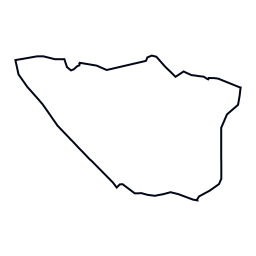 the district of Sami', Ta`izz, Yemen
{"feature_id": "15242507B43926728713037", "entity_name": "Sami'", "entity_type": "district", "adm_level": 2, "iso_a3": "YEM", "parent_name": "Yemen", "parent_adm1": "Ta`izz", "projection": "natural_earth1", "projection_center": [44.119, 13.381], "detail": "fine", "context": "isolated", "style": "outline", "palette": "ink", "viewbox_px": 256, "rotation_deg": 0, "n_neighbors": 0, "source": "geoboundaries", "source_scale": "gbopen_adm2", "svg_char_len": 1612}
<svg xmlns="http://www.w3.org/2000/svg" viewBox="0 0 256 256"><path d="M240.6,87.5L240.1,87.5L233.7,84.9L218.1,78.6L214.2,78.1L208.7,78.0L208.3,79.3L207.5,79.1L203.8,76.7L197.9,76.0L197.6,75.9L196.3,75.7L195.6,75.6L191.4,75.1L183.6,71.5L176.0,76.5L175.5,76.8L170.6,71.9L167.1,68.6L164.7,66.2L157.4,57.9L156.3,56.7L151.8,55.6L147.4,57.4L146.0,60.8L145.9,60.9L128.6,64.9L106.7,70.0L96.6,65.6L79.8,62.8L79.3,63.5L79.6,64.5L79.3,65.4L77.3,66.1L73.8,69.3L71.0,70.4L67.0,67.1L66.0,64.1L65.9,63.9L65.9,63.7L65.7,63.3L64.4,59.2L60.7,59.2L55.2,59.2L54.8,59.2L51.8,58.4L49.2,57.8L49.0,57.7L48.1,57.5L43.2,56.3L39.9,56.3L37.8,56.3L37.5,56.3L37.4,56.3L35.5,56.6L27.1,58.1L15.9,60.0L15.4,60.1L18.5,74.4L23.6,81.6L27.3,86.9L28.3,88.0L33.0,93.3L33.7,94.1L37.2,98.0L40.9,102.3L41.5,103.0L42.3,103.9L48.4,112.5L52.8,118.9L57.7,125.9L57.9,126.0L60.7,129.0L61.3,129.6L67.9,136.5L68.3,136.9L71.2,140.0L71.4,140.1L75.0,143.9L79.2,148.4L82.0,151.2L89.6,159.2L90.3,159.9L90.8,160.1L112.9,182.5L116.7,187.5L119.8,184.4L122.6,184.2L134.7,193.3L136.8,193.3L138.6,193.3L141.3,193.1L147.7,194.9L148.1,194.9L148.6,195.0L148.8,195.0L150.2,195.2L154.9,195.8L158.3,195.1L163.2,194.2L170.6,192.2L172.5,192.7L173.6,193.0L174.2,193.1L177.3,193.9L178.5,194.2L193.0,199.6L197.4,200.4L197.2,199.3L199.1,196.4L204.4,193.5L209.6,190.7L211.6,189.3L213.2,188.2L219.0,184.1L219.1,183.8L219.5,183.0L220.8,179.9L221.3,178.8L221.3,172.8L221.3,163.3L221.2,157.5L221.2,147.8L221.2,139.7L221.2,127.8L223.8,121.8L226.9,114.5L227.8,113.7L237.8,105.0L238.0,104.9L238.1,104.5L238.2,103.9L239.6,95.9L240.6,87.5Z" fill="none" stroke="#020617" stroke-width="2"/></svg>